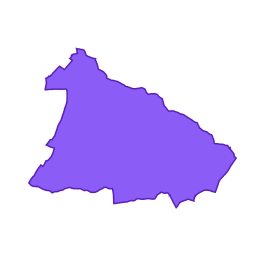 the district of Bolbosi, Gorj, Romania, rotated 354°
{"feature_id": "2599482B55979442092240", "entity_name": "Bolbosi", "entity_type": "district", "adm_level": 2, "iso_a3": "ROU", "parent_name": "Romania", "parent_adm1": "Gorj", "projection": "equal_earth", "projection_center": [23.209, 44.74], "detail": "fine", "context": "isolated", "style": "filled", "palette": "violet", "viewbox_px": 256, "rotation_deg": 354, "n_neighbors": 0, "source": "geoboundaries", "source_scale": "gbopen_adm2", "svg_char_len": 5697}
<svg xmlns="http://www.w3.org/2000/svg" viewBox="0 0 256 256"><g transform="rotate(354 128 128)"><path d="M193.3,127.5L184.4,120.4L184.1,120.4L183.1,119.8L182.4,120.1L181.6,119.4L180.8,119.0L179.9,118.2L178.9,117.6L177.4,117.0L174.8,115.7L170.8,115.5L170.1,115.3L169.2,114.1L168.0,112.0L167.7,111.6L167.4,111.0L166.8,110.5L166.3,109.7L166.2,108.7L165.9,108.1L165.9,106.9L165.8,106.6L165.6,105.1L165.4,104.6L165.3,102.8L164.9,102.1L164.0,101.7L162.2,100.3L161.1,98.6L160.9,98.1L160.7,97.9L160.2,97.5L158.8,96.8L157.7,96.5L156.3,96.6L155.1,96.3L152.1,96.7L151.9,96.7L151.7,96.6L151.4,96.4L151.2,95.9L150.4,95.2L149.8,94.1L149.7,93.7L149.3,92.0L148.8,91.1L148.1,90.5L146.5,89.7L145.9,89.3L145.7,89.3L144.2,89.5L142.9,89.6L141.6,89.6L139.7,89.8L137.2,89.5L135.1,88.6L133.7,87.8L132.6,87.4L132.2,87.2L131.8,86.8L130.3,86.6L128.4,84.7L126.2,83.4L125.4,82.6L124.2,81.9L123.3,81.2L122.6,80.8L121.5,80.3L119.9,79.8L118.4,79.2L117.7,79.0L116.1,78.7L114.9,77.8L112.1,76.2L111.9,75.9L111.9,75.7L112.3,74.3L112.0,73.3L111.3,72.0L110.0,70.4L109.7,69.8L108.7,69.0L106.5,67.6L106.0,67.1L104.9,66.8L104.6,66.4L104.5,65.7L104.5,64.3L103.9,61.1L103.4,59.3L103.3,58.5L102.9,57.7L102.5,57.1L102.6,56.7L103.1,55.8L102.0,55.3L100.3,54.9L99.0,54.3L95.8,52.6L94.6,51.8L94.1,51.2L93.7,50.6L93.5,49.4L93.4,48.6L93.2,47.7L92.6,46.5L92.3,46.0L92.0,45.8L91.4,45.5L90.9,45.2L89.5,45.0L88.2,44.5L86.1,44.0L85.4,44.0L85.1,43.8L85.3,46.6L85.5,47.9L85.5,48.0L85.5,48.3L85.0,48.2L83.8,48.8L83.1,48.8L82.0,49.0L81.3,48.8L81.1,48.9L80.7,49.2L80.1,49.3L79.9,49.4L79.6,49.6L79.4,49.9L79.8,50.1L79.6,50.7L78.8,51.5L77.4,52.8L78.1,53.5L79.5,54.8L79.6,55.1L70.8,63.3L69.0,61.6L68.6,61.4L67.6,60.5L66.9,59.7L66.6,59.9L66.3,59.5L64.8,60.8L64.1,61.2L60.5,64.4L59.5,65.0L57.9,66.9L56.7,67.6L56.6,67.8L56.6,68.1L56.2,68.4L55.9,68.5L55.4,68.3L55.1,68.4L54.6,68.2L54.5,68.5L54.2,68.8L53.9,68.9L53.7,69.2L53.1,69.5L52.7,69.8L51.8,69.8L51.5,70.0L51.5,70.7L51.6,71.2L51.6,72.7L51.5,74.0L51.7,74.5L50.8,77.2L50.5,78.3L49.6,81.2L50.3,81.4L54.1,81.4L55.9,81.5L56.4,81.7L58.4,81.6L61.7,81.9L65.8,82.5L67.3,82.5L67.5,82.6L69.9,82.7L70.8,83.0L70.9,83.3L70.9,83.7L71.0,83.9L71.2,84.0L71.2,86.0L70.6,91.7L70.3,94.1L70.0,95.2L70.0,95.9L69.9,95.9L69.5,96.9L68.8,98.5L68.3,99.6L67.4,101.4L67.0,102.0L67.3,102.1L65.8,105.3L65.3,106.8L64.7,107.6L63.9,109.4L63.8,109.8L62.4,112.9L61.1,115.0L59.9,116.4L59.4,117.3L58.2,119.4L57.2,121.9L55.5,125.4L54.9,126.9L54.4,128.0L54.1,128.4L53.8,128.5L52.9,129.7L51.3,131.6L51.1,131.5L49.4,131.6L46.8,134.5L46.1,135.3L45.2,136.0L44.9,136.4L46.3,137.1L46.9,137.5L49.2,138.9L51.4,139.8L52.5,140.2L52.6,140.4L52.0,142.0L51.0,144.4L49.8,146.7L48.9,148.2L47.8,149.4L45.5,151.4L45.1,151.7L44.2,152.0L43.8,152.3L43.6,152.3L43.1,152.0L42.7,152.6L42.3,153.1L41.4,154.8L40.9,155.5L39.2,157.3L38.9,157.1L38.0,156.1L37.4,155.7L36.2,157.4L35.8,157.4L34.3,159.2L33.4,160.2L32.7,161.2L31.8,162.3L31.4,163.0L29.4,166.0L28.6,166.2L25.8,169.2L25.3,169.8L24.7,171.0L23.6,172.2L25.1,174.2L26.0,175.2L27.0,175.8L27.8,176.1L29.6,176.4L30.6,176.7L31.4,176.8L31.3,176.4L31.1,176.2L32.1,176.8L33.7,177.6L34.3,178.1L35.1,178.6L35.8,179.2L37.8,180.4L40.3,181.5L41.2,181.7L42.1,181.8L42.9,182.0L44.3,182.9L44.6,183.2L45.4,184.3L45.8,184.5L46.5,184.4L48.3,183.7L51.5,183.9L53.0,183.4L53.6,183.1L56.1,182.9L57.4,182.6L58.0,182.1L58.7,181.7L59.6,181.6L60.5,181.5L61.5,181.2L62.2,181.2L63.0,181.0L64.2,181.1L65.5,181.9L67.9,182.7L70.2,182.9L71.5,183.2L73.1,183.2L74.4,183.5L74.9,183.7L75.7,184.3L76.8,184.9L77.8,185.6L78.2,185.7L79.7,185.6L80.7,185.7L80.9,185.8L81.6,186.1L82.6,186.9L83.5,187.4L84.3,188.0L84.7,188.2L84.9,188.2L86.6,188.3L87.5,188.4L88.9,188.4L91.2,187.7L92.1,187.1L93.6,186.4L94.3,186.1L95.9,185.7L97.7,184.7L98.2,184.6L100.1,184.7L100.6,185.0L101.6,185.8L102.8,186.3L104.5,186.7L104.8,186.8L106.2,186.6L106.3,186.8L106.3,188.1L106.5,189.7L106.5,192.0L106.6,192.6L106.0,201.7L118.1,201.3L119.6,201.4L121.8,200.7L122.7,200.7L123.5,200.3L124.9,200.9L126.5,201.0L128.1,200.2L128.5,199.8L129.3,199.4L129.6,199.4L131.3,199.5L133.4,200.1L135.0,200.4L136.9,200.4L139.4,200.3L140.5,200.3L141.8,200.5L144.0,201.1L145.0,201.3L146.8,201.3L147.5,201.1L147.6,200.9L148.7,199.4L149.4,198.6L149.7,198.0L150.4,197.3L152.8,196.2L154.4,195.3L156.0,196.0L157.0,196.6L157.9,196.8L160.6,196.5L162.4,198.9L162.3,199.2L162.5,199.1L164.8,205.3L167.6,212.2L168.7,211.2L169.3,210.5L170.8,208.5L171.2,208.0L172.0,207.5L174.0,206.6L175.4,206.3L177.8,205.8L179.9,205.1L180.4,205.1L185.9,207.5L186.0,206.1L186.6,204.9L187.1,203.5L187.3,203.3L187.7,203.2L187.7,202.8L187.8,202.5L187.9,202.0L189.0,201.7L189.6,201.2L191.3,200.2L192.4,199.8L193.3,199.3L194.2,199.1L196.8,198.0L197.8,197.9L198.3,197.9L199.6,198.0L202.5,198.6L203.3,198.9L204.5,199.7L208.1,201.0L211.0,194.9L212.8,190.9L213.2,190.2L213.7,189.6L214.1,189.0L214.6,188.4L217.3,186.3L218.4,185.1L219.1,184.6L219.8,184.1L222.7,181.2L224.6,178.7L225.4,177.5L225.8,176.9L226.9,175.6L228.0,174.5L228.9,173.2L230.2,171.8L230.7,171.2L232.4,169.2L231.0,167.6L230.8,167.1L230.5,166.3L230.7,166.0L230.7,165.9L230.7,165.5L230.5,164.5L229.2,162.5L229.0,162.0L228.0,160.7L227.8,160.2L227.6,159.8L227.6,159.3L227.6,158.1L227.2,158.2L227.0,158.6L226.4,158.6L225.9,157.4L225.7,156.5L225.2,156.0L224.6,155.6L223.1,155.4L222.8,155.3L221.7,154.6L220.6,154.1L218.2,153.8L217.7,153.6L216.8,153.5L215.0,152.9L213.7,152.9L212.3,152.4L212.1,152.1L212.0,151.8L212.1,149.2L212.0,148.5L211.4,146.9L211.2,146.1L210.7,143.8L208.4,142.5L207.0,141.2L206.7,140.7L205.8,140.0L205.2,139.7L203.9,139.2L202.6,138.6L201.6,137.9L200.7,136.8L199.3,135.5L198.9,134.8L198.8,134.5L198.5,133.3L197.9,132.1L197.6,130.7L197.5,130.2L196.7,129.7L195.6,129.4L194.7,128.9L193.7,128.0L193.3,127.5Z" fill="#8b5cf6" stroke="#5b21b6" stroke-width="1.5"/></g></svg>